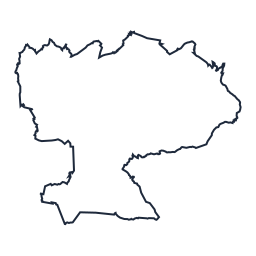 the district of Perote, Veracruz, Mexico
{"feature_id": "50627088B6133554619555", "entity_name": "Perote", "entity_type": "district", "adm_level": 2, "iso_a3": "MEX", "parent_name": "Mexico", "parent_adm1": "Veracruz", "projection": "orthographic", "projection_center": [-97.275, 19.511], "detail": "fine", "context": "isolated", "style": "outline", "palette": "slate", "viewbox_px": 256, "rotation_deg": 0, "n_neighbors": 0, "source": "geoboundaries", "source_scale": "gbopen_adm2", "svg_char_len": 5644}
<svg xmlns="http://www.w3.org/2000/svg" viewBox="0 0 256 256"><path d="M117.7,216.0L120.0,217.6L124.3,219.0L127.5,219.1L128.8,219.7L130.7,219.3L131.2,218.9L131.5,219.2L133.4,219.5L134.8,218.5L136.8,217.9L138.0,218.3L138.6,217.7L146.6,218.3L147.5,218.6L148.9,218.1L154.0,218.3L155.2,219.3L156.3,219.8L157.0,219.4L159.0,217.1L155.3,212.1L154.6,209.5L149.8,203.1L146.0,201.8L141.2,192.7L139.6,186.6L137.3,184.6L137.1,183.6L134.3,182.9L133.9,181.5L132.9,180.9L132.4,180.2L132.2,179.5L132.7,178.9L132.7,178.1L133.8,177.3L133.8,176.8L132.7,176.6L131.9,177.2L130.6,177.7L130.6,177.0L130.1,176.4L130.1,176.0L129.6,175.4L129.0,175.1L128.8,174.2L127.5,172.5L125.9,171.3L122.6,169.4L122.5,169.1L124.2,166.4L124.2,165.2L124.7,164.8L126.3,165.1L127.3,164.1L127.3,163.0L128.9,161.8L129.3,161.1L129.3,159.4L129.8,158.6L130.8,158.7L131.1,159.0L132.1,158.8L132.8,157.6L132.8,156.6L132.4,155.7L132.6,155.2L132.8,155.1L132.9,154.6L134.1,156.1L135.3,156.5L137.0,157.8L137.9,158.1L137.9,155.5L138.5,154.9L140.7,156.0L141.6,157.2L142.9,157.4L144.1,156.7L144.3,157.0L145.6,156.2L146.1,155.8L146.0,155.6L146.2,155.3L147.6,154.3L148.5,154.4L150.2,153.9L150.7,153.4L154.0,154.3L156.7,153.6L157.5,153.6L158.1,154.2L159.2,154.1L159.5,153.6L159.9,153.7L160.1,153.4L159.6,152.1L159.6,151.3L161.5,150.5L163.3,150.7L165.9,151.7L166.5,152.3L167.9,152.4L168.3,152.2L170.4,152.3L172.9,151.9L174.4,152.1L175.0,151.9L177.3,150.1L179.4,149.1L180.1,149.0L181.3,147.5L182.1,147.0L186.4,147.8L190.1,146.9L191.2,147.1L192.5,146.6L195.1,147.4L195.9,148.0L206.4,144.3L207.6,141.3L211.8,135.2L211.9,133.4L214.0,129.8L216.4,127.4L218.3,127.1L219.5,124.6L220.5,123.9L223.4,122.8L224.9,121.9L226.2,121.9L228.8,122.7L230.3,122.4L232.5,123.0L232.5,122.4L233.0,121.7L233.7,121.8L233.7,120.8L234.1,121.0L234.2,120.5L234.3,120.6L234.7,119.7L235.3,119.2L235.1,120.5L235.9,120.4L236.0,119.8L235.6,118.9L236.7,118.5L237.3,118.0L237.3,117.3L236.6,115.9L236.8,113.0L239.5,111.5L240.1,109.8L240.6,107.1L239.8,104.5L240.1,102.8L240.0,102.1L238.8,100.3L237.3,99.1L234.6,95.9L233.6,95.5L232.5,94.4L230.2,92.9L229.1,91.5L228.1,91.1L227.7,90.5L227.4,89.0L225.6,85.7L224.6,85.1L223.1,84.7L221.8,83.2L221.1,81.9L220.8,80.5L221.3,77.5L221.9,75.4L222.4,75.1L223.1,73.3L221.5,73.3L221.3,72.6L222.6,70.8L222.7,68.4L224.1,65.7L224.3,63.6L223.2,63.6L222.6,64.8L222.6,65.8L222.3,66.2L221.4,66.8L220.7,67.6L219.6,67.9L218.2,69.1L217.9,70.0L216.3,70.8L216.0,70.5L216.9,68.8L217.0,67.0L216.5,66.2L214.9,65.8L214.7,63.4L213.3,62.2L212.6,61.8L213.2,65.8L212.6,67.7L212.2,68.0L211.4,66.6L209.6,64.6L209.0,64.5L208.2,65.5L208.0,64.4L206.7,62.6L206.0,62.0L198.3,56.5L196.6,55.9L193.6,53.0L194.8,53.1L194.2,50.8L194.4,50.9L194.1,48.8L194.2,48.3L194.6,48.5L194.7,47.7L194.4,46.9L195.4,44.4L194.9,43.5L192.6,41.5L191.9,41.6L191.7,41.4L189.4,42.2L187.3,42.6L185.0,43.6L184.0,44.4L181.4,47.7L180.7,48.4L178.8,49.3L177.8,48.6L177.4,49.1L177.8,49.4L177.3,50.2L169.7,54.3L167.0,51.9L167.1,50.9L160.2,44.8L162.0,44.0L159.5,43.3L160.2,40.4L147.1,38.2L142.1,36.0L134.1,33.0L134.0,31.9L132.4,32.4L131.3,31.9L131.5,33.0L130.6,32.6L130.8,33.9L130.1,33.5L130.4,34.8L129.2,34.3L129.4,34.9L127.9,35.6L128.1,36.4L127.0,37.5L124.9,39.5L123.2,40.5L123.5,43.5L122.8,44.1L123.3,45.1L119.2,49.0L119.0,48.8L117.0,50.5L117.5,50.9L115.5,52.6L114.9,52.2L114.0,53.2L113.0,52.2L112.2,53.1L110.8,53.6L105.3,54.7L102.6,55.6L99.1,57.6L100.3,52.2L102.0,47.6L100.0,45.4L101.0,44.6L101.4,43.8L98.3,40.8L97.4,41.3L96.8,41.0L93.5,41.6L93.0,42.5L92.5,42.8L92.9,42.8L92.7,43.3L91.7,43.1L90.1,44.2L87.5,45.4L85.7,47.6L77.1,54.0L74.7,54.8L73.1,55.7L71.1,56.8L70.9,56.8L71.7,55.1L71.2,53.7L69.8,52.6L69.2,51.7L69.5,50.6L68.7,49.4L67.8,49.1L67.4,48.2L66.6,47.9L66.5,48.1L65.9,46.6L65.8,45.5L66.4,45.5L65.9,45.3L66.2,44.6L65.9,44.5L64.1,47.9L63.8,47.6L62.9,48.6L62.3,48.8L62.2,50.1L61.4,49.4L61.4,48.5L60.5,47.5L58.6,46.6L56.9,46.3L54.9,44.8L54.0,42.8L52.7,42.0L51.5,40.2L49.9,39.3L49.6,40.3L49.2,42.8L48.5,44.5L47.1,45.5L44.8,45.1L43.4,45.6L42.9,46.1L43.2,47.3L42.3,48.2L42.3,48.6L41.8,48.7L41.9,49.4L41.0,49.4L40.4,50.1L38.4,51.5L36.5,53.5L35.7,52.0L35.1,51.5L35.0,50.0L34.5,50.2L34.1,50.0L32.9,48.8L31.5,48.0L29.6,47.8L29.7,47.4L27.4,44.5L26.9,45.3L26.0,45.0L25.8,46.0L24.8,47.4L24.6,48.7L24.2,49.7L23.1,50.8L22.4,51.9L20.5,52.8L20.2,53.2L19.6,53.1L20.1,56.6L19.1,59.0L19.5,60.4L19.6,63.2L18.6,63.2L18.9,63.8L18.7,64.3L18.3,64.5L17.4,64.2L17.1,64.7L17.7,66.5L17.0,67.7L16.2,70.4L15.5,71.4L15.4,72.4L15.5,72.7L16.0,73.1L17.1,72.9L17.3,73.7L17.7,73.8L18.0,74.3L18.3,76.3L18.1,78.4L18.4,81.0L17.8,81.4L20.3,86.4L20.3,92.3L19.8,93.5L19.7,95.1L20.5,106.0L21.6,104.6L22.9,104.7L23.3,104.3L24.0,105.2L22.9,106.3L24.4,107.3L31.9,109.1L32.0,109.3L30.2,110.1L34.7,117.5L33.6,118.5L34.4,119.1L33.3,120.1L34.8,123.4L36.9,124.7L36.6,125.0L36.8,126.0L36.2,126.8L37.0,127.2L37.7,130.8L37.3,131.3L36.4,130.8L35.5,132.2L35.6,133.5L34.4,135.1L35.5,135.8L35.3,138.6L38.9,140.4L41.7,141.1L51.8,140.5L55.4,140.0L58.0,139.3L61.8,141.2L64.7,143.9L68.1,140.8L70.3,143.3L70.5,146.6L73.1,146.7L74.0,170.6L72.4,173.0L71.8,172.1L69.7,172.5L69.3,173.3L69.4,173.8L70.3,174.3L69.7,175.6L69.3,175.5L68.8,176.3L69.8,175.8L70.2,176.0L69.8,176.8L70.5,177.1L68.9,180.4L68.7,181.4L67.5,182.5L67.0,183.9L64.5,182.4L62.6,182.0L60.2,184.1L59.3,184.3L58.5,184.0L57.3,184.7L54.7,184.0L51.7,185.3L50.7,183.9L45.1,186.3L43.4,194.2L40.1,193.4L41.0,194.0L41.6,195.6L41.6,196.7L42.2,198.6L41.6,199.9L41.7,200.6L42.3,200.7L42.2,201.8L52.4,203.6L51.9,202.4L55.7,203.1L56.2,204.5L57.3,204.8L64.8,224.0L65.3,224.1L66.2,222.8L67.2,222.4L68.9,223.0L70.5,222.5L72.1,222.5L72.8,222.3L80.1,212.3L95.8,212.7L114.1,214.6L114.8,213.3L115.6,212.9L115.8,213.9L117.7,216.0Z" fill="none" stroke="#1e293b" stroke-width="2"/></svg>